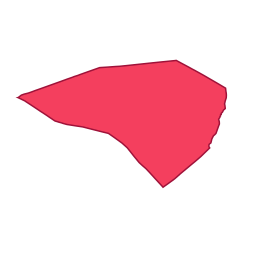 Santa Inés de Zaragoza, Oaxaca, Mexico, rotated 80°
{"feature_id": "50627088B20347327584307", "entity_name": "Santa Inés de Zaragoza", "entity_type": "district", "adm_level": 2, "iso_a3": "MEX", "parent_name": "Mexico", "parent_adm1": "Oaxaca", "projection": "equal_earth", "projection_center": [-97.141, 17.265], "detail": "fine", "context": "isolated", "style": "filled", "palette": "rose", "viewbox_px": 256, "rotation_deg": 80, "n_neighbors": 0, "source": "geoboundaries", "source_scale": "gbopen_adm2", "svg_char_len": 1651}
<svg xmlns="http://www.w3.org/2000/svg" viewBox="0 0 256 256"><g transform="rotate(80 128 128)"><path d="M63.6,145.4L63.7,146.0L65.6,157.4L67.1,166.3L67.5,168.2L68.0,172.1L68.4,173.9L69.3,179.5L69.9,182.8L70.7,187.4L71.7,193.3L72.8,199.7L74.1,207.3L75.0,212.8L75.7,216.5L76.3,220.2L76.6,224.4L77.1,227.3L78.6,230.2L78.9,230.7L78.9,230.8L79.0,230.9L79.0,231.0L83.4,224.9L84.4,223.9L87.1,221.0L90.8,217.1L93.0,214.8L95.1,212.6L95.9,211.8L97.3,210.3L98.0,209.5L101.7,205.6L103.3,204.0L105.9,201.3L108.4,198.7L109.3,196.9L109.9,195.6L110.0,195.6L111.4,192.6L112.2,191.2L113.0,189.5L114.0,187.4L114.2,186.7L117.0,178.6L118.9,172.9L119.1,172.3L122.1,165.7L124.3,160.8L127.4,153.9L129.9,148.2L134.6,143.5L141.7,136.6L147.3,132.2L157.1,126.9L164.0,123.0L167.8,120.1L171.1,117.4L175.2,114.7L182.8,109.9L192.0,104.0L192.4,103.8L189.4,97.5L186.1,90.8L182.1,84.3L175.5,72.8L172.6,67.7L168.8,61.3L161.8,51.0L161.5,51.1L160.7,51.5L160.2,51.5L159.6,51.4L159.0,51.3L158.5,51.1L157.8,50.5L157.2,49.1L156.5,48.7L153.3,47.3L150.5,45.2L149.7,43.8L148.6,42.3L142.4,38.8L139.9,37.3L137.7,37.0L135.1,37.2L134.9,37.0L134.5,36.7L133.5,35.7L132.7,35.5L132.2,34.8L131.1,34.6L130.8,33.8L129.8,33.7L128.8,32.2L128.4,32.1L128.0,31.6L127.2,31.1L126.6,30.4L126.4,29.8L125.9,29.3L125.8,28.9L125.5,28.8L123.3,28.7L122.1,28.6L121.1,28.8L120.4,28.4L119.6,28.1L118.3,27.6L115.3,26.0L112.7,25.4L110.8,25.2L108.9,25.2L105.7,25.0L99.6,32.1L93.2,39.7L88.9,44.8L85.5,49.0L82.6,52.6L81.3,54.3L78.7,57.5L73.2,64.5L69.8,68.8L69.8,69.7L68.7,84.1L68.2,91.1L67.3,104.0L66.3,118.5L65.9,123.8L65.8,125.3L65.3,129.5L64.4,138.4L63.6,145.4Z" fill="#f43f5e" stroke="#9f1239" stroke-width="1.5"/></g></svg>